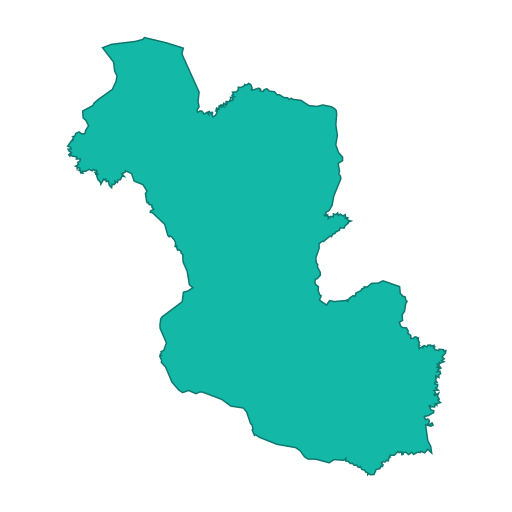 Charoen Sin, Sakon Nakhon, Thailand, rotated 186°
{"feature_id": "78962969B64295862325828", "entity_name": "Charoen Sin", "entity_type": "district", "adm_level": 2, "iso_a3": "THA", "parent_name": "Thailand", "parent_adm1": "Sakon Nakhon", "projection": "albers", "projection_center": [103.51, 17.637], "detail": "fine", "context": "isolated", "style": "filled", "palette": "teal", "viewbox_px": 512, "rotation_deg": 186, "n_neighbors": 0, "source": "geoboundaries", "source_scale": "gbopen_adm2", "svg_char_len": 5988}
<svg xmlns="http://www.w3.org/2000/svg" viewBox="0 0 512 512"><g transform="rotate(186 256 256)"><path d="M59.6,182.4L64.1,182.4L64.4,181.0L67.9,181.5L69.9,183.4L68.8,184.3L69.9,184.5L69.6,185.7L72.7,184.8L73.0,185.7L75.8,185.3L76.4,183.5L79.4,184.5L80.4,182.4L80.8,183.5L84.0,180.9L84.5,183.3L83.8,184.2L85.2,185.2L84.4,187.2L86.0,189.1L85.9,191.5L87.2,190.8L87.7,192.1L89.5,192.2L91.2,190.3L93.5,190.3L93.8,193.3L97.1,195.1L96.6,196.9L98.8,200.2L102.9,200.2L104.7,201.3L106.6,205.1L103.5,207.2L104.5,212.8L102.5,216.6L102.1,224.4L101.0,226.7L102.1,227.2L103.6,231.1L105.2,231.1L108.6,233.8L110.0,240.6L127.1,244.6L131.6,241.8L138.2,240.9L142.2,236.7L145.2,236.7L145.4,235.1L147.2,234.5L147.9,232.6L152.9,229.5L153.0,226.5L155.2,226.7L158.8,223.7L159.5,221.9L160.7,222.0L160.2,220.4L162.2,221.1L173.4,218.9L178.2,219.3L180.7,214.6L188.3,218.8L187.0,223.2L188.9,224.4L190.6,228.4L190.7,232.0L193.5,233.6L194.7,235.9L194.5,239.2L192.8,239.7L190.0,243.6L190.5,246.7L193.7,251.4L193.8,254.1L195.3,255.3L196.3,260.4L194.0,270.3L194.6,274.8L191.7,277.6L190.4,277.4L184.9,283.2L182.9,283.2L181.7,286.1L179.9,286.5L179.4,288.0L175.7,290.4L175.3,292.9L171.3,292.9L170.6,295.3L167.8,298.2L168.2,299.0L165.2,300.7L168.0,301.1L169.5,302.5L168.6,303.5L170.3,303.9L171.1,303.0L171.6,306.4L173.7,304.9L176.5,306.5L178.3,305.0L179.3,307.4L180.9,305.5L183.4,306.0L183.3,303.0L185.7,303.2L188.0,300.9L187.8,302.8L189.0,302.8L189.1,304.5L191.4,303.1L192.3,303.7L190.8,305.2L191.2,306.6L188.0,308.9L185.6,314.4L184.9,323.9L179.7,341.7L180.4,344.4L182.3,346.1L181.8,349.1L184.0,356.6L179.9,359.9L180.2,363.3L184.8,367.6L188.3,375.0L187.7,384.5L190.3,394.7L190.6,405.5L191.4,409.1L193.4,410.8L196.6,412.3L205.3,413.2L211.1,411.1L219.0,411.1L227.6,415.5L235.8,415.6L237.4,416.6L239.6,415.1L241.1,416.7L244.8,416.5L249.7,418.9L252.0,418.5L254.7,421.3L260.0,421.4L262.7,423.5L265.3,422.2L266.2,420.3L269.5,420.7L268.8,422.3L270.7,423.2L277.5,420.4L278.1,421.1L277.4,422.6L279.1,425.9L281.5,426.9L282.9,425.1L285.2,425.4L285.2,424.4L288.2,422.1L291.3,422.0L291.1,419.4L292.7,417.1L296.5,416.5L295.4,414.8L296.6,413.4L294.1,412.3L297.6,411.2L295.0,409.8L295.7,408.2L296.9,407.8L297.8,409.4L298.5,406.8L301.9,406.5L301.8,404.9L300.5,404.8L301.5,402.7L304.0,404.6L304.7,402.9L303.6,401.3L306.4,402.7L307.4,402.0L306.2,400.6L308.5,401.0L308.1,398.0L310.5,399.1L311.0,397.9L309.6,397.5L311.1,396.0L309.6,395.7L309.9,394.4L311.0,391.6L313.4,389.9L314.5,391.9L314.1,393.8L314.8,394.4L316.0,393.1L317.5,394.9L318.5,394.4L317.9,391.9L319.8,393.7L322.5,391.8L324.9,394.4L326.8,394.5L329.0,392.8L329.9,395.0L328.2,398.4L329.8,403.6L329.7,413.0L349.9,447.6L350.8,449.9L350.0,455.1L367.1,458.6L389.9,461.6L391.3,459.5L398.4,456.8L421.8,451.4L430.4,447.1L417.8,433.8L415.9,425.1L413.0,420.5L413.5,414.7L416.4,406.5L429.1,395.3L433.1,391.0L433.9,388.6L443.5,382.1L442.3,375.2L439.4,373.2L436.1,368.0L438.6,363.0L439.0,359.7L442.1,359.2L445.0,360.9L447.9,359.1L448.9,356.1L450.7,355.6L449.7,354.9L450.7,353.0L450.0,351.7L451.5,351.4L454.8,345.5L451.7,344.6L450.9,343.1L454.1,342.6L452.8,340.7L450.3,339.8L452.8,337.1L451.5,335.8L450.7,337.5L449.4,336.2L444.6,335.8L444.8,333.6L440.9,334.3L441.0,332.0L443.1,330.3L442.1,328.5L444.8,326.5L443.4,326.1L442.9,324.0L442.0,325.4L440.5,325.2L440.1,323.9L441.1,322.8L439.8,322.6L439.0,320.3L436.8,320.3L437.9,321.4L437.4,322.2L434.5,322.3L431.2,324.7L427.9,323.6L426.5,325.2L425.4,324.1L423.6,324.6L423.0,323.3L424.7,322.2L422.8,321.4L424.6,320.6L422.0,320.6L422.9,319.3L421.2,315.5L418.5,313.2L417.8,311.2L415.5,316.5L414.5,315.8L413.5,316.9L412.7,314.3L410.9,315.3L409.1,310.7L406.7,308.8L406.6,312.5L404.8,312.1L403.4,313.6L404.1,315.7L401.5,314.6L401.1,317.3L398.8,317.7L397.5,321.5L395.3,321.3L398.0,323.7L394.8,325.8L394.6,327.1L388.4,325.0L385.0,317.8L375.8,315.1L371.2,309.1L372.5,306.6L370.4,298.5L369.6,297.5L368.6,298.1L367.7,296.0L364.9,295.8L364.6,293.7L362.5,291.6L365.6,289.9L365.7,288.3L363.6,288.3L350.1,278.0L345.9,267.4L344.4,266.0L343.5,267.0L341.9,266.2L339.0,263.5L337.4,261.0L337.3,258.2L336.2,258.0L337.3,257.0L336.0,256.6L334.6,253.6L333.4,254.3L331.2,253.0L330.9,251.2L329.0,249.9L327.8,242.2L322.9,233.8L319.2,220.4L315.5,217.9L320.0,214.1L324.4,212.4L324.6,202.8L342.9,185.8L344.2,183.5L344.3,177.2L343.7,173.8L336.0,160.2L337.8,152.4L340.4,151.0L339.9,150.0L341.1,147.7L339.8,147.1L341.2,146.1L338.9,142.4L339.1,140.4L334.2,136.0L326.4,121.8L318.9,114.7L314.7,112.5L309.0,115.2L301.3,112.8L297.8,114.9L294.6,115.0L274.8,109.7L265.3,104.1L252.7,103.5L249.0,99.9L243.9,88.8L242.2,87.5L240.9,83.5L241.6,82.7L238.8,77.5L237.7,78.2L233.5,76.0L215.5,70.9L196.5,69.6L191.7,66.9L186.7,61.3L183.0,59.5L175.2,60.2L161.6,58.0L157.1,61.7L147.4,62.0L145.5,64.1L145.4,61.5L142.9,61.4L140.4,59.4L138.6,60.0L136.5,58.1L134.0,58.6L132.6,56.8L131.2,56.5L130.1,57.5L128.5,54.8L125.7,54.4L124.2,52.5L122.3,52.2L122.0,50.4L121.4,51.3L119.1,50.4L115.7,51.1L114.2,56.3L110.7,57.4L109.4,60.3L108.2,59.9L107.8,61.6L109.7,63.4L108.1,64.8L106.0,64.7L104.8,66.4L102.9,66.1L102.9,68.7L101.4,70.1L102.3,70.7L101.7,72.0L97.6,72.3L94.3,76.5L93.1,75.4L90.6,76.3L90.2,73.7L88.9,74.1L88.9,75.8L86.6,76.6L83.5,74.5L80.4,77.1L78.5,75.1L74.8,77.8L72.1,77.7L71.4,79.0L67.7,77.9L65.0,81.7L60.7,78.4L62.4,85.1L65.8,90.1L69.7,105.9L64.4,105.0L62.2,106.4L63.5,108.4L65.4,106.9L67.5,106.9L66.3,109.3L67.0,111.2L68.1,111.8L70.4,110.9L71.8,114.0L67.7,115.4L62.9,118.9L63.1,120.8L65.9,121.1L68.1,125.3L67.1,125.5L66.8,124.2L62.5,124.6L62.5,127.7L60.6,126.5L60.9,128.0L57.2,129.5L60.1,131.8L58.8,132.8L60.9,135.5L60.0,138.7L63.4,135.8L64.3,136.8L62.9,138.2L65.0,140.9L60.7,141.7L63.4,143.6L61.9,144.9L61.9,147.3L64.7,147.4L65.0,148.9L62.8,149.4L64.6,151.6L63.7,153.6L64.7,154.1L64.6,155.8L61.4,154.3L61.8,156.6L60.1,158.4L61.1,160.8L63.8,159.8L62.4,162.5L60.3,163.9L61.8,165.4L62.2,164.1L64.3,164.1L63.2,165.7L64.4,167.3L62.5,167.2L62.7,169.4L61.6,168.7L58.0,170.5L60.4,171.5L58.1,173.4L60.5,175.1L57.5,179.2L57.3,181.7L59.2,180.8L59.6,182.4Z" fill="#14b8a6" stroke="#0f766e" stroke-width="1.5"/></g></svg>